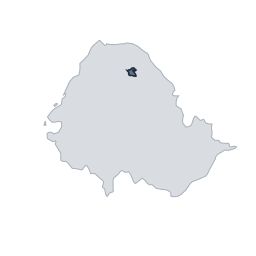 location of Angkor Chum, Siemréab, Cambodia, rotated 51°
{"feature_id": "14789045B56044752523155", "entity_name": "Angkor Chum", "entity_type": "district", "adm_level": 2, "iso_a3": "KHM", "parent_name": "Cambodia", "parent_adm1": "Siemréab", "projection": "orthographic", "projection_center": [103.697, 13.721], "detail": "fine", "context": "in_parent", "style": "filled", "palette": "slate", "viewbox_px": 256, "rotation_deg": 51, "n_neighbors": 0, "source": "geoboundaries", "source_scale": "gbopen_adm2", "svg_char_len": 4247}
<svg xmlns="http://www.w3.org/2000/svg" viewBox="0 0 256 256"><g transform="rotate(51 128 128)"><path d="M210.7,55.5L211.3,57.3L210.0,60.9L208.6,64.0L205.9,66.9L205.8,68.9L204.9,75.0L205.3,76.9L206.0,78.6L206.9,79.5L209.4,85.4L211.6,90.8L213.8,95.2L214.2,98.0L212.4,105.1L210.2,111.7L210.4,115.0L211.5,118.2L212.6,122.6L213.1,128.1L212.5,131.8L211.5,134.0L209.6,136.4L207.9,137.6L205.8,135.7L204.1,135.6L201.9,136.2L200.2,137.2L196.7,140.6L192.8,144.0L187.4,144.9L185.3,147.3L183.0,147.7L178.7,147.9L175.9,148.5L176.0,149.7L175.9,155.5L175.9,156.9L175.5,157.3L173.6,157.5L170.2,156.6L165.8,155.2L162.6,155.0L161.0,157.6L160.0,158.6L158.8,158.7L157.5,159.2L157.1,160.3L157.0,161.7L157.7,164.2L157.9,168.0L157.8,170.6L159.0,172.3L165.8,177.8L167.9,179.1L168.1,180.0L166.9,183.0L168.0,187.3L165.9,187.2L162.3,185.4L160.6,184.3L158.5,185.2L157.8,185.1L156.4,183.0L154.5,180.9L152.6,180.7L148.6,181.6L144.6,182.2L143.0,182.2L142.4,182.6L140.0,185.8L139.0,185.3L134.9,184.1L131.2,183.7L130.4,184.5L130.9,187.1L131.7,189.6L131.2,190.7L129.2,192.0L126.5,194.4L124.8,196.3L123.6,196.8L119.5,196.7L115.3,197.0L113.7,198.8L112.1,200.1L110.8,200.5L105.4,196.2L94.6,194.7L93.5,192.7L92.4,192.4L91.5,194.9L85.6,197.3L83.1,195.8L81.3,194.1L81.6,191.9L83.3,190.2L86.2,188.9L87.5,184.5L85.3,178.8L83.4,177.2L81.3,175.9L79.1,178.0L77.3,181.6L75.4,183.4L72.7,183.8L68.8,183.7L67.3,178.3L66.8,173.7L67.3,168.5L67.9,165.3L64.1,161.0L63.9,156.9L62.1,154.8L61.6,155.9L61.6,157.1L61.1,156.2L55.2,144.2L54.2,138.6L55.3,134.3L55.9,132.9L54.2,130.6L51.8,128.1L47.5,124.7L47.2,119.4L46.3,113.1L45.1,111.0L43.1,107.1L42.1,103.9L41.8,95.5L42.3,94.8L45.3,94.5L49.2,94.0L49.8,92.6L49.1,91.5L51.6,89.6L55.2,85.4L57.9,81.0L59.9,78.3L61.1,75.5L65.1,71.6L70.5,69.0L74.2,68.3L78.1,67.4L81.8,66.1L83.6,66.0L88.2,67.6L90.7,68.0L93.3,68.0L96.0,68.1L98.3,68.0L104.0,66.8L110.0,67.7L115.3,67.0L121.9,65.7L125.1,66.5L128.1,67.7L128.5,70.3L129.2,71.5L130.2,72.4L131.5,72.4L133.2,70.6L134.6,68.7L135.0,68.4L135.1,69.3L135.8,71.3L137.1,73.2L138.4,74.5L140.5,76.3L141.9,76.4L146.4,74.7L153.2,77.0L154.0,78.2L156.2,80.6L158.6,82.3L163.9,82.4L165.7,78.1L164.8,75.5L161.8,71.0L160.9,68.3L161.9,67.8L167.0,67.2L167.8,66.7L168.9,63.7L170.3,64.0L173.1,64.4L176.0,62.3L177.8,60.2L178.8,61.2L179.8,62.6L181.0,63.5L183.2,64.7L185.6,66.5L187.0,68.3L188.2,68.9L191.3,68.4L192.1,68.4L193.8,66.3L195.0,65.1L196.1,65.4L197.6,65.4L200.7,62.6L202.5,60.1L203.4,59.4L206.3,60.6L207.4,60.3L209.0,56.9L210.7,55.5ZM65.3,171.2L64.7,171.5L64.1,171.5L63.6,171.0L63.6,169.1L64.0,167.9L65.0,167.7L65.3,171.2ZM74.2,190.2L73.0,191.5L71.1,188.9L71.1,188.1L74.2,190.2Z" fill="#d9dde1" stroke="#a8b0b8" stroke-width="1"/><path d="M91.7,90.1L91.8,90.0L91.9,89.9L92.0,89.8L92.2,89.7L92.3,89.7L92.6,89.6L92.8,89.4L92.7,89.2L92.4,89.0L92.3,88.9L92.2,88.8L92.1,88.7L91.9,88.7L91.7,88.6L91.4,88.5L91.2,88.5L91.1,88.4L90.9,88.4L90.7,88.3L89.6,88.3L89.1,88.3L88.9,88.3L88.3,88.3L88.2,88.3L88.1,88.2L88.0,88.3L87.8,88.3L87.7,88.3L87.2,88.3L86.9,88.2L86.6,88.0L86.4,88.0L86.3,87.9L86.2,87.9L86.3,87.8L86.3,87.7L86.5,87.7L86.4,87.7L86.5,87.6L86.8,87.5L87.0,87.5L87.0,87.4L87.1,87.2L87.2,87.3L87.2,87.2L87.3,87.2L87.5,87.1L87.8,87.1L87.9,86.9L88.0,86.8L88.0,86.7L88.0,86.4L88.1,86.2L88.2,85.9L88.1,85.6L88.0,85.4L88.0,85.2L87.9,85.2L87.8,85.3L87.7,85.3L87.3,85.5L87.2,85.5L86.9,85.5L86.6,85.5L86.4,85.5L86.2,85.5L85.8,85.5L85.6,85.5L85.4,85.5L85.1,85.8L84.9,85.8L84.6,86.0L84.5,86.3L84.4,86.4L84.3,86.6L84.2,86.8L84.1,87.1L84.0,87.3L83.9,87.6L84.0,87.8L84.0,88.0L84.0,88.3L84.0,88.5L84.0,88.8L84.0,89.0L84.0,89.4L84.0,89.6L84.0,89.8L84.0,90.1L84.0,90.3L84.0,90.5L83.9,90.5L83.7,90.5L83.4,90.7L83.4,90.8L83.3,91.0L83.2,91.1L83.2,91.3L83.2,91.5L83.2,91.8L83.1,92.0L83.2,92.3L82.9,92.5L83.0,92.5L83.4,92.5L83.7,92.5L83.9,92.5L84.1,92.5L84.3,92.5L84.8,92.5L85.2,92.5L85.3,92.5L85.5,92.5L85.8,92.6L85.9,92.8L86.0,92.9L86.1,93.0L86.2,93.3L86.3,93.5L86.5,93.6L86.8,93.7L87.0,93.7L87.2,93.8L87.4,93.8L87.7,93.8L87.8,93.8L88.0,93.7L88.3,93.5L88.4,93.4L88.5,93.3L88.6,93.2L88.9,93.0L88.9,92.9L88.9,92.6L89.0,92.5L89.1,92.4L89.3,92.2L89.4,91.9L89.6,91.7L89.8,91.7L90.0,91.6L90.2,91.4L90.4,91.3L90.7,91.1L91.0,91.0L91.2,90.8L91.3,90.8L91.3,90.6L91.4,90.4L91.5,90.3L91.7,90.2L91.7,90.1Z" fill="#64748b" stroke="#1e293b" stroke-width="1.5"/></g></svg>